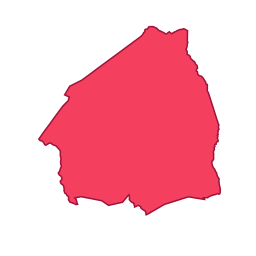 the district of Uauá, Bahia, Brazil, rotated 343°
{"feature_id": "56859067B85739573992088", "entity_name": "Uauá", "entity_type": "district", "adm_level": 2, "iso_a3": "BRA", "parent_name": "Brazil", "parent_adm1": "Bahia", "projection": "albers", "projection_center": [-39.437, -9.895], "detail": "fine", "context": "isolated", "style": "filled", "palette": "rose", "viewbox_px": 256, "rotation_deg": 343, "n_neighbors": 0, "source": "geoboundaries", "source_scale": "gbopen_adm2", "svg_char_len": 3848}
<svg xmlns="http://www.w3.org/2000/svg" viewBox="0 0 256 256"><g transform="rotate(343 128 128)"><path d="M57.5,186.2L57.4,184.8L57.5,183.7L57.5,182.4L57.5,181.3L57.1,180.3L56.8,179.3L63.2,180.0L66.9,182.0L70.9,184.1L81.7,189.9L86.8,196.3L101.1,197.4L106.9,193.6L109.3,192.2L109.3,194.1L109.0,195.5L108.4,196.2L108.4,197.1L108.8,198.2L109.4,199.3L110.2,200.6L111.2,201.0L111.6,202.2L111.3,203.2L111.5,204.5L111.2,205.5L115.3,205.0L116.3,206.1L117.1,206.9L116.9,208.1L117.6,209.4L118.7,210.9L119.5,211.6L120.3,212.9L120.2,214.1L120.2,215.1L120.0,216.3L122.3,216.0L123.4,215.7L138.4,212.2L140.8,211.7L152.7,211.6L161.7,211.5L164.2,211.5L165.9,211.6L180.3,218.7L180.2,217.8L179.8,216.9L183.9,217.9L185.1,217.3L186.4,217.3L187.8,217.0L189.0,217.1L190.2,216.9L191.3,217.2L192.7,217.1L194.0,217.0L194.9,217.2L195.6,217.9L196.5,217.8L197.0,217.0L197.4,216.3L197.8,215.0L198.4,213.7L198.4,212.6L198.6,211.7L198.7,210.2L198.8,208.6L199.0,207.2L199.3,206.2L199.5,204.9L200.1,203.9L200.2,202.8L199.8,201.5L199.4,200.7L199.4,199.5L199.5,197.7L199.5,196.2L198.9,195.2L198.9,194.2L198.9,193.0L198.4,191.7L197.9,190.5L197.8,189.3L197.8,187.9L197.9,186.5L198.1,185.5L198.6,184.5L199.9,183.7L200.8,182.8L201.1,181.7L201.5,180.4L201.8,179.1L202.4,177.9L202.4,176.6L203.1,175.2L203.9,174.2L204.5,173.3L204.6,171.9L205.8,171.0L205.7,169.9L206.4,169.2L207.5,169.3L207.8,168.3L208.7,167.4L210.2,167.2L210.5,166.3L210.5,165.0L210.5,163.6L211.1,162.9L211.6,162.0L211.3,160.9L212.3,160.6L212.2,159.3L213.1,158.0L213.2,156.9L213.9,156.3L214.7,155.7L214.5,154.1L215.2,152.7L215.8,151.6L215.6,150.5L215.4,149.5L215.7,148.6L215.5,146.5L215.2,117.8L214.9,116.6L214.6,115.4L215.0,114.4L215.5,113.4L215.8,111.9L216.4,110.6L216.5,109.5L215.5,109.1L215.5,108.3L215.7,107.1L215.4,105.9L215.2,104.9L214.9,103.9L214.6,102.5L214.1,101.4L213.6,100.6L213.1,99.7L211.9,99.2L211.0,98.1L210.4,96.6L210.7,95.6L210.8,94.5L210.0,93.5L210.5,92.4L210.9,91.5L212.0,91.2L212.2,89.8L212.3,88.3L211.6,87.3L211.2,86.0L211.2,85.0L210.8,83.7L209.8,83.0L209.6,82.1L209.1,81.3L208.6,80.6L208.2,79.5L208.4,77.7L207.8,76.4L206.8,75.5L206.0,74.8L206.5,73.5L207.0,72.0L206.7,70.8L206.4,69.8L207.2,69.0L207.8,68.1L208.4,67.3L208.8,66.1L209.5,64.6L210.3,63.5L210.1,62.3L213.4,52.3L212.4,51.5L211.8,50.7L211.2,50.0L210.4,49.4L209.4,49.3L208.4,49.6L207.6,49.2L206.3,49.0L205.0,49.2L203.9,49.2L202.6,49.5L201.7,49.7L200.5,49.8L199.4,50.0L198.4,50.3L197.5,50.7L196.6,49.6L196.0,49.0L195.7,48.1L194.5,48.4L193.1,49.0L192.2,49.2L191.1,48.8L190.5,47.7L189.4,46.6L188.6,46.0L187.8,45.2L187.1,44.5L186.3,44.1L185.9,43.3L185.2,42.2L184.7,41.0L183.6,40.2L182.7,39.2L181.9,38.6L181.0,38.1L180.1,37.9L178.8,37.5L177.6,37.3L176.4,38.2L175.5,39.0L174.3,38.7L173.4,38.8L172.7,39.2L172.6,40.2L172.0,41.0L171.1,41.2L170.1,42.1L169.3,43.1L166.3,44.5L145.4,51.9L143.8,52.5L124.4,59.3L113.9,63.0L106.9,65.6L104.5,66.4L97.6,68.8L84.5,71.0L77.1,77.8L80.9,81.2L78.9,84.3L72.1,88.0L63.1,94.6L54.2,101.4L53.1,102.2L48.4,105.6L39.5,112.5L39.8,113.5L40.4,114.4L41.7,115.0L42.5,116.1L43.1,117.4L43.3,118.5L43.5,119.5L44.4,120.5L45.8,120.1L47.0,119.8L48.0,119.5L49.2,119.6L50.1,120.1L50.5,121.1L51.1,121.8L51.8,122.5L52.6,123.0L53.9,124.1L54.6,125.4L55.1,126.7L55.6,127.5L56.2,128.9L56.5,130.2L56.1,131.9L55.8,132.7L55.4,133.9L55.1,135.0L55.1,136.0L55.0,137.3L54.7,138.4L54.3,139.3L53.8,140.3L53.5,141.2L53.2,142.2L53.1,143.5L53.2,144.9L52.7,145.8L51.9,146.5L51.1,147.6L50.4,148.7L49.4,149.8L48.3,150.5L48.2,151.6L48.6,152.8L49.5,153.9L49.9,155.0L50.1,156.2L50.0,157.4L49.0,158.4L47.7,159.0L47.5,160.5L47.9,162.0L48.8,162.9L49.3,164.1L49.4,165.1L49.3,166.4L49.2,167.5L48.5,169.1L48.5,170.6L48.6,171.9L49.5,172.7L49.7,173.6L49.9,174.6L50.5,175.6L51.0,176.8L50.5,178.0L50.1,179.2L50.8,181.9L51.7,182.6L52.6,183.1L53.4,183.9L54.2,184.4L55.0,185.2L55.6,185.8L56.5,186.1L57.5,186.2Z" fill="#f43f5e" stroke="#9f1239" stroke-width="1.5"/></g></svg>